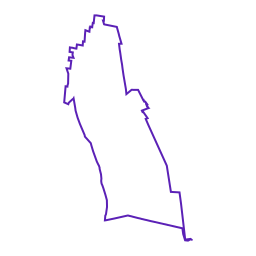 the district of Antiguo Morelos, Tamaulipas, Mexico
{"feature_id": "50627088B85059783255621", "entity_name": "Antiguo Morelos", "entity_type": "district", "adm_level": 2, "iso_a3": "MEX", "parent_name": "Mexico", "parent_adm1": "Tamaulipas", "projection": "equal_earth", "projection_center": [-99.078, 22.569], "detail": "fine", "context": "isolated", "style": "outline", "palette": "violet", "viewbox_px": 256, "rotation_deg": 0, "n_neighbors": 0, "source": "geoboundaries", "source_scale": "gbopen_adm2", "svg_char_len": 2401}
<svg xmlns="http://www.w3.org/2000/svg" viewBox="0 0 256 256"><path d="M191.7,240.3L191.7,240.2L191.8,240.0L191.6,239.8L191.4,239.8L191.2,239.6L191.0,239.3L190.6,238.9L185.2,239.6L181.0,203.4L179.5,192.4L170.9,191.9L166.8,165.7L148.3,124.9L145.7,118.9L147.6,118.2L142.8,111.3L142.4,111.7L141.9,110.6L148.5,108.1L148.0,107.7L147.4,106.9L147.7,106.8L146.7,105.3L147.4,104.7L146.8,103.9L146.1,103.9L146.0,103.1L146.3,103.1L146.0,102.7L145.2,101.6L144.3,101.6L144.0,100.9L143.9,101.1L143.5,100.5L143.2,100.0L143.1,99.9L143.0,99.7L142.9,99.4L138.1,89.9L135.6,89.9L131.6,89.8L126.4,94.1L125.9,89.1L123.5,75.1L122.6,68.9L122.3,66.6L122.2,65.7L122.0,64.2L121.2,59.7L120.3,53.2L120.2,52.5L120.1,52.1L120.1,51.8L119.8,50.1L119.7,49.5L119.0,43.8L121.5,43.7L119.3,36.2L118.7,33.7L116.8,26.9L105.3,24.6L104.7,24.5L104.1,24.3L103.0,20.6L103.9,20.7L104.1,16.6L100.3,16.0L96.7,15.4L94.5,15.4L94.1,19.1L93.7,23.1L92.8,22.9L92.5,24.9L92.3,26.2L92.2,27.2L90.4,26.6L90.3,27.6L89.8,27.5L89.4,31.7L88.5,31.4L85.4,30.2L85.1,33.3L85.0,34.7L84.7,39.6L84.5,41.7L83.0,41.4L82.7,45.5L79.0,44.8L76.9,44.5L76.4,48.6L75.3,48.5L75.1,48.4L74.0,48.2L72.7,47.8L71.7,47.7L69.9,47.4L69.6,51.9L72.8,52.4L72.5,54.7L72.5,55.1L72.8,55.9L73.5,57.8L69.1,57.3L68.6,60.5L71.3,60.8L70.3,68.7L66.5,68.3L68.3,73.7L68.1,83.5L67.5,85.5L67.4,86.6L65.6,86.3L64.7,96.6L64.2,102.4L68.3,104.2L68.8,102.7L72.7,99.1L73.3,98.9L73.6,98.4L75.2,107.7L75.6,110.7L77.6,117.7L79.9,123.9L84.6,135.0L84.9,136.4L84.9,136.6L90.8,143.2L91.3,145.2L93.1,151.2L96.8,161.5L98.4,164.8L98.5,165.0L98.8,165.4L99.0,165.9L99.6,167.8L99.6,168.8L101.0,174.3L101.4,178.6L101.2,181.0L101.5,183.2L101.8,184.2L102.3,185.2L103.4,188.3L105.1,193.8L105.5,195.1L106.8,199.9L106.8,200.0L106.9,200.3L106.9,200.6L106.9,201.0L107.0,205.8L107.0,207.1L106.0,214.1L105.8,214.7L105.3,215.6L104.9,220.4L105.7,220.3L114.4,218.5L126.0,215.9L127.7,215.5L127.8,215.5L128.4,215.6L128.5,215.6L129.2,215.8L129.3,215.9L129.5,215.9L129.8,216.0L130.0,216.0L130.4,216.1L131.7,216.4L132.7,216.7L134.3,217.1L138.2,218.1L139.2,218.3L140.9,218.7L141.4,218.9L143.3,219.3L144.0,219.5L145.3,219.8L146.3,220.0L146.7,220.1L147.5,220.3L147.9,220.4L148.7,220.6L151.2,221.2L153.1,221.6L182.4,228.3L183.2,234.1L185.1,240.3L187.7,240.6L188.0,240.5L188.4,240.5L188.7,240.3L189.2,240.0L189.7,239.6L189.9,239.2L190.2,239.0L190.7,239.1L191.0,239.4L191.6,240.0L191.7,240.3Z" fill="none" stroke="#5b21b6" stroke-width="2"/></svg>